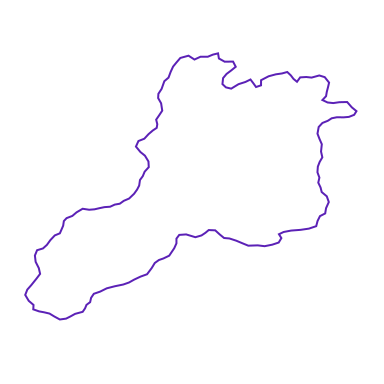 Moema, Minas Gerais, Brazil (Equal Earth projection), rotated 96°
{"feature_id": "56859067B10299149147299", "entity_name": "Moema", "entity_type": "district", "adm_level": 2, "iso_a3": "BRA", "parent_name": "Brazil", "parent_adm1": "Minas Gerais", "projection": "equal_earth", "projection_center": [-45.409, -19.845], "detail": "fine", "context": "isolated", "style": "outline", "palette": "violet", "viewbox_px": 384, "rotation_deg": 96, "n_neighbors": 0, "source": "geoboundaries", "source_scale": "gbopen_adm2", "svg_char_len": 2339}
<svg xmlns="http://www.w3.org/2000/svg" viewBox="0 0 384 384"><g transform="rotate(96 192 192)"><path d="M91.1,41.9L86.3,47.1L87.3,54.9L88.8,60.8L88.8,66.5L86.9,71.9L82.7,68.7L78.2,68.4L73.6,67.7L68.9,67.1L63.9,72.0L62.8,77.6L65.7,85.0L65.7,90.4L66.7,96.4L71.4,99.1L68.9,102.9L65.7,105.9L62.7,109.8L64.7,114.9L66.2,120.9L68.9,127.9L73.6,135.0L78.7,134.5L80.9,139.3L77.4,142.4L74.0,145.6L77.0,150.4L79.9,157.0L85.1,163.8L84.4,169.2L81.5,173.0L75.5,173.0L71.0,170.0L67.0,165.7L62.9,161.6L58.0,164.8L59.0,173.1L56.4,179.2L51.4,180.6L53.2,185.6L55.8,190.4L56.6,197.7L60.0,203.4L56.8,209.7L59.9,217.6L64.8,221.0L69.2,223.9L74.8,225.8L80.7,227.3L84.7,231.1L92.6,233.0L97.9,235.7L102.1,235.5L107.0,232.0L114.2,230.1L119.4,232.8L123.8,235.2L128.2,233.6L131.9,233.8L134.9,237.4L138.9,241.2L144.0,245.0L146.9,250.6L152.7,252.5L157.7,247.4L160.8,242.6L166.2,238.5L171.8,237.6L176.7,241.2L181.4,242.6L185.5,245.0L191.1,245.2L195.2,246.8L199.8,249.4L205.1,253.9L207.9,258.9L211.2,262.6L212.6,267.5L215.2,271.9L216.2,277.5L217.8,282.5L219.4,287.1L220.4,292.4L220.1,299.0L224.3,304.7L228.3,308.5L231.1,314.0L234.3,316.4L239.0,316.6L242.8,317.8L246.9,319.1L249.5,323.9L254.6,327.8L259.8,330.8L263.7,334.3L266.1,340.0L271.6,341.6L277.8,340.2L283.7,336.4L289.3,334.5L294.4,337.6L301.4,342.1L306.3,345.6L311.8,347.1L317.3,343.0L320.9,337.8L325.3,337.6L326.7,331.6L327.1,326.5L327.8,321.0L330.2,315.9L332.6,310.1L331.1,304.0L328.6,300.1L325.4,295.5L322.6,288.2L318.9,286.2L315.2,285.1L312.2,281.8L307.8,281.3L303.5,279.0L300.7,273.0L296.7,266.7L293.8,258.9L291.2,250.7L288.6,245.2L285.2,240.4L281.5,234.3L278.5,228.1L271.8,224.1L266.5,221.6L263.1,217.8L261.1,213.5L257.7,208.0L249.8,203.8L244.7,202.1L240.0,202.6L236.0,200.2L234.8,193.4L236.6,183.9L234.2,178.0L231.2,174.4L228.1,171.4L227.7,164.9L231.3,160.0L234.4,155.3L234.3,149.9L235.8,142.9L237.6,136.9L239.5,130.4L238.2,121.1L238.3,114.1L236.0,106.7L233.2,100.5L228.5,98.3L224.9,101.1L222.2,96.7L220.0,89.4L218.3,80.1L216.2,71.9L213.0,64.9L207.7,64.1L202.6,62.2L199.4,57.3L194.1,57.0L187.7,54.9L182.2,57.5L178.5,63.0L174.1,64.6L169.5,67.4L164.4,66.8L159.3,69.3L153.6,69.5L148.8,68.2L143.9,66.0L138.3,67.9L130.9,67.9L126.0,70.7L120.9,73.3L114.1,72.8L109.7,69.5L107.0,64.4L104.1,60.8L102.5,55.7L101.9,49.0L100.9,43.8L98.3,38.8L94.4,36.9L91.1,41.9Z" fill="none" stroke="#5b21b6" stroke-width="2"/></g></svg>